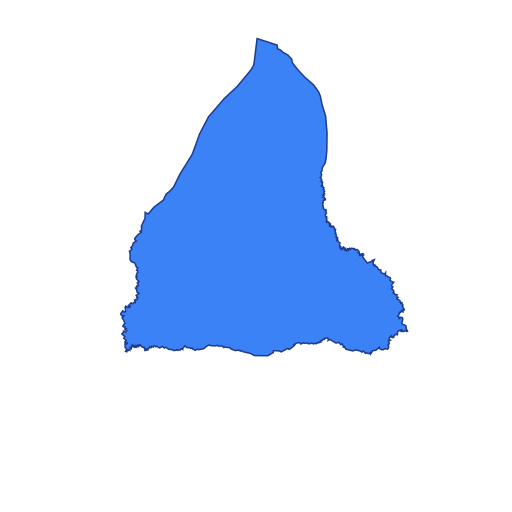 the district of Mercedes, Corrientes, Argentina, rotated 317°
{"feature_id": "61730980B22210913388495", "entity_name": "Mercedes", "entity_type": "district", "adm_level": 2, "iso_a3": "ARG", "parent_name": "Argentina", "parent_adm1": "Corrientes", "projection": "albers", "projection_center": [-57.865, -29.122], "detail": "fine", "context": "isolated", "style": "filled", "palette": "blue", "viewbox_px": 512, "rotation_deg": 317, "n_neighbors": 0, "source": "geoboundaries", "source_scale": "gbopen_adm2", "svg_char_len": 6159}
<svg xmlns="http://www.w3.org/2000/svg" viewBox="0 0 512 512"><g transform="rotate(317 256 256)"><path d="M314.8,414.1L315.6,414.3L316.0,412.3L318.1,409.1L316.6,405.8L316.9,404.5L320.3,402.3L321.0,400.8L319.2,398.7L318.9,399.5L318.1,399.4L318.9,397.9L318.6,396.7L321.0,396.2L322.5,395.0L323.0,395.8L324.3,395.4L325.2,396.9L325.7,395.7L326.2,396.6L327.7,396.5L327.4,395.7L328.1,395.6L328.8,392.7L330.0,392.1L329.8,391.1L330.8,389.9L329.7,389.3L330.4,388.7L329.9,388.2L330.9,386.7L329.7,383.4L331.7,383.2L331.1,382.0L331.9,380.8L332.7,380.7L331.2,378.3L331.7,377.2L331.3,376.4L332.4,376.2L333.1,375.1L332.9,372.5L335.0,371.9L334.7,370.4L336.4,369.4L338.8,369.1L337.7,366.9L337.5,364.9L339.0,364.3L339.3,363.1L338.1,360.8L338.2,359.5L337.2,358.7L339.3,356.6L337.8,357.0L336.1,353.5L337.8,351.3L336.4,350.0L337.1,346.2L335.8,343.6L336.7,343.7L336.1,342.1L337.5,340.3L340.0,339.4L338.2,338.5L336.6,338.8L332.6,336.9L333.3,330.0L334.3,328.3L335.4,328.7L335.9,327.8L335.4,326.8L333.6,326.4L333.1,327.1L332.1,326.3L333.4,325.0L333.1,323.7L333.7,324.3L334.6,322.2L334.3,320.1L332.8,319.4L332.3,318.2L333.1,317.8L330.9,315.2L329.3,315.5L329.5,314.2L327.9,314.5L328.5,313.9L328.1,313.2L326.2,313.8L326.0,312.2L325.6,313.5L324.9,312.0L326.7,311.5L326.1,310.7L326.2,309.1L324.7,308.8L324.3,309.4L324.7,309.9L323.4,310.0L322.9,309.0L323.6,308.6L322.8,307.3L323.5,306.5L324.3,306.8L324.4,305.0L326.4,303.7L325.9,301.8L326.6,300.2L325.6,299.6L326.5,298.8L326.1,299.5L327.4,299.2L327.3,298.3L328.2,298.0L327.3,297.0L329.1,295.5L329.3,293.6L330.1,293.6L330.7,291.7L332.2,290.9L331.5,290.2L332.5,289.1L332.7,287.3L332.0,286.9L332.6,286.7L331.9,285.9L331.0,286.2L330.3,284.9L331.3,285.0L330.9,284.3L331.9,283.7L330.9,283.3L331.5,282.4L332.1,282.6L332.4,281.6L331.7,279.0L330.8,279.6L330.5,279.1L332.6,277.8L332.6,276.9L333.9,276.4L334.4,275.4L333.7,274.8L334.8,273.1L336.9,272.5L336.9,271.2L338.0,271.0L338.8,269.8L337.7,268.8L337.6,267.7L340.5,263.0L342.0,263.1L341.2,262.6L342.5,261.5L344.0,261.3L344.0,261.9L345.1,262.2L345.7,261.6L345.7,259.7L345.0,258.8L346.8,258.4L346.4,257.2L348.5,257.4L348.5,256.0L350.3,255.5L350.0,254.5L351.1,253.7L350.8,253.1L352.3,252.3L351.6,249.9L352.2,250.1L352.2,249.4L352.8,249.7L353.7,248.2L354.6,247.9L354.4,246.5L355.2,246.5L354.9,245.5L356.2,244.9L356.5,242.4L357.2,242.7L359.6,241.2L360.2,239.0L362.1,238.9L364.6,236.7L370.1,235.1L374.2,232.1L380.1,226.8L392.1,214.2L402.3,201.2L407.7,190.1L412.1,182.9L413.7,178.7L414.8,170.4L413.6,158.2L413.6,148.4L414.4,139.4L416.3,136.6L416.4,131.0L414.6,125.2L414.3,121.4L413.0,119.3L415.3,116.2L405.1,97.7L387.0,112.9L384.3,114.9L379.6,116.4L357.8,119.2L340.2,119.2L316.3,121.8L298.4,128.1L278.8,138.1L255.7,144.4L243.0,149.3L236.8,149.8L232.6,149.4L226.4,151.9L214.5,150.7L205.8,151.7L204.7,148.5L200.6,152.7L192.6,156.0L190.0,159.0L188.1,158.8L188.5,160.4L184.3,159.9L179.3,160.4L178.5,161.4L178.8,163.4L174.9,162.8L173.0,164.2L170.0,164.6L170.3,165.6L169.2,166.6L166.7,166.2L165.6,168.3L161.3,172.9L161.0,175.3L162.6,178.5L160.9,182.7L161.4,184.0L158.9,185.0L159.3,186.0L158.3,187.4L157.0,187.4L154.2,189.2L154.8,189.8L153.1,190.8L153.0,191.7L153.0,195.0L150.9,194.7L151.1,195.4L149.5,197.4L149.1,196.6L147.7,196.8L147.2,197.7L146.1,197.3L146.1,198.0L145.3,197.8L146.2,198.5L144.4,201.3L144.9,203.5L141.5,203.1L141.2,205.5L140.5,205.2L140.3,206.4L139.5,206.7L138.5,205.8L137.5,206.5L137.1,205.6L135.8,207.6L135.5,206.8L133.1,206.7L132.7,205.1L128.6,205.3L128.3,206.0L129.5,207.0L128.9,207.4L127.3,206.3L126.5,203.8L125.7,204.1L126.3,204.8L124.8,205.0L122.8,207.7L121.5,207.3L121.2,205.2L117.6,205.9L117.0,208.0L118.6,209.6L115.9,209.9L115.6,212.4L114.2,215.8L110.8,216.4L110.6,217.2L111.8,218.6L110.9,219.5L111.4,220.5L110.3,220.2L109.8,220.6L110.6,222.4L109.0,222.9L108.1,222.2L107.8,220.6L106.7,221.5L104.7,221.5L105.1,225.4L103.2,226.0L103.6,229.3L101.8,229.2L101.3,229.9L102.5,231.5L102.3,232.1L101.3,232.2L101.2,230.5L99.9,231.1L99.3,232.5L97.9,233.5L98.0,236.0L95.6,236.7L96.1,237.9L97.7,236.9L97.8,238.0L99.2,238.0L99.4,238.6L99.7,237.9L100.8,238.3L101.3,237.5L101.5,238.6L102.3,237.8L103.5,237.9L103.2,237.5L104.0,236.7L104.2,237.5L105.0,237.2L104.8,237.7L105.6,238.5L105.0,238.8L105.6,239.2L104.8,239.3L105.0,240.2L106.4,240.8L107.0,240.2L106.7,241.3L108.9,240.8L108.6,241.9L109.2,241.6L109.6,242.2L110.1,241.5L110.9,242.1L110.6,244.9L112.0,246.8L111.4,247.2L112.3,249.7L110.6,248.8L110.3,249.4L112.8,250.8L112.9,249.7L113.9,250.6L114.9,250.2L115.8,250.7L116.3,250.0L116.9,251.5L118.2,251.0L118.8,252.6L120.1,252.1L120.8,252.8L120.8,254.1L121.9,254.5L122.8,257.5L125.9,258.3L126.2,260.8L127.8,261.2L128.6,264.9L131.1,267.7L131.2,268.9L133.2,270.4L134.0,270.2L134.4,271.6L135.7,271.9L136.2,273.0L138.1,272.9L138.6,274.3L139.0,273.7L142.8,273.3L142.9,275.8L145.2,278.0L145.2,279.1L146.7,280.0L146.3,281.1L147.3,283.6L149.3,283.9L150.1,285.4L154.7,288.2L158.5,288.3L161.3,289.3L161.8,290.7L164.9,294.0L166.9,295.0L167.0,296.2L170.0,298.9L169.9,300.8L171.0,301.3L174.4,305.3L174.3,306.9L176.2,310.8L179.5,313.4L179.6,314.9L180.8,315.2L181.2,317.1L185.6,323.6L186.9,327.7L196.6,337.0L202.7,338.4L204.3,337.2L208.3,341.3L209.0,343.3L216.3,345.3L216.4,346.7L217.2,347.2L223.4,347.6L224.0,347.4L223.6,346.8L226.4,347.4L228.8,349.0L228.7,350.9L231.6,351.9L231.7,352.8L233.7,354.0L234.1,355.4L236.1,357.3L237.5,357.6L238.1,359.5L239.4,360.0L240.3,361.3L241.5,361.1L241.9,361.9L244.1,362.2L243.7,362.7L244.7,363.2L246.1,362.2L246.7,363.0L248.1,362.7L249.2,363.6L250.2,362.9L252.4,364.8L252.3,366.3L251.2,366.9L253.1,367.4L255.1,374.2L257.7,375.7L257.5,378.5L259.0,379.1L258.3,381.2L258.7,382.1L258.0,382.4L258.8,383.0L258.1,385.4L262.1,391.5L264.5,392.3L267.0,395.7L268.0,398.6L269.7,398.6L269.6,401.8L270.6,402.1L271.9,404.5L273.9,404.7L273.1,405.8L276.9,404.9L279.4,406.7L283.9,406.9L283.1,408.0L283.9,410.1L285.4,411.5L287.0,411.6L288.7,413.9L290.5,413.4L291.6,412.3L291.7,411.1L293.7,411.0L294.8,408.7L296.9,409.2L296.3,408.0L297.8,406.7L300.4,406.7L299.8,407.6L300.5,408.0L300.1,408.7L300.5,409.1L301.7,409.3L302.5,408.2L304.8,408.8L305.7,410.0L308.2,407.7L312.0,409.1L312.2,410.0L310.8,410.2L312.6,412.0L314.4,412.4L314.8,414.1Z" fill="#3b82f6" stroke="#1e3a8a" stroke-width="1.5"/></g></svg>